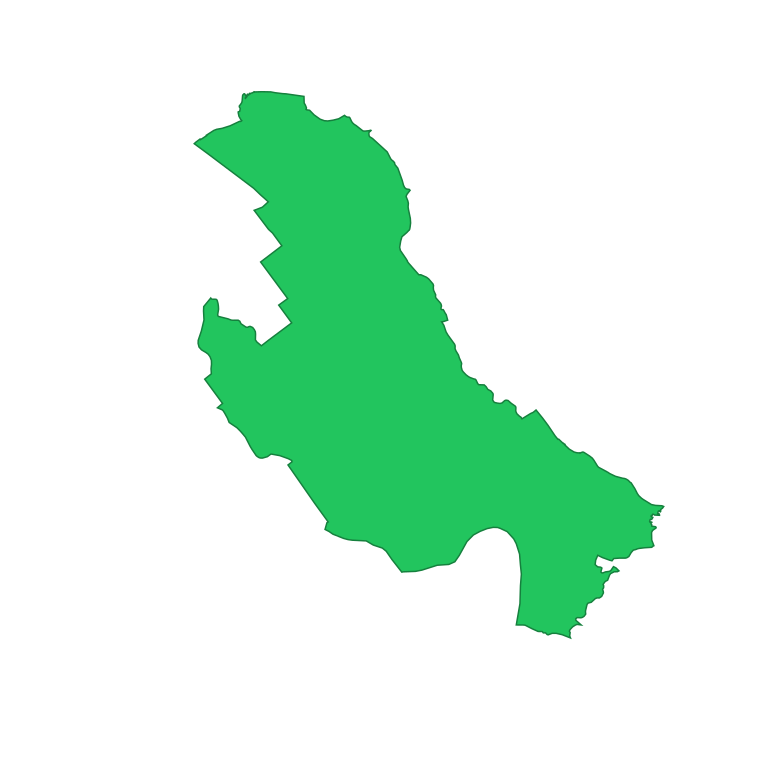 the district of Pardina, Tulcea, Romania, rotated 232°
{"feature_id": "2599482B7661903107032", "entity_name": "Pardina", "entity_type": "district", "adm_level": 2, "iso_a3": "ROU", "parent_name": "Romania", "parent_adm1": "Tulcea", "projection": "mercator", "projection_center": [29.053, 45.284], "detail": "fine", "context": "isolated", "style": "filled", "palette": "green", "viewbox_px": 768, "rotation_deg": 232, "n_neighbors": 0, "source": "geoboundaries", "source_scale": "gbopen_adm2", "svg_char_len": 6104}
<svg xmlns="http://www.w3.org/2000/svg" viewBox="0 0 768 768"><g transform="rotate(232 384 384)"><path d="M104.3,454.8L105.0,457.6L101.8,462.4L98.2,467.0L97.6,468.3L97.3,470.7L99.0,475.0L99.6,478.2L98.6,480.4L98.0,482.5L97.2,484.1L94.6,488.4L90.5,494.4L90.5,495.8L90.7,496.1L90.4,497.1L96.2,498.9L102.1,503.3L102.7,504.2L103.2,505.5L103.2,507.5L103.0,509.5L103.4,510.1L103.8,510.2L104.5,510.0L107.1,507.5L108.6,508.5L109.2,508.3L110.1,508.7L110.2,509.9L110.8,509.6L111.4,508.6L111.7,508.5L112.0,508.6L112.1,509.1L112.9,509.5L113.4,510.7L112.7,511.2L112.5,511.6L113.3,513.7L113.6,513.7L114.7,512.9L115.5,513.1L115.4,514.5L115.8,514.9L115.9,515.7L115.3,516.2L114.2,516.5L110.9,520.3L111.1,520.5L111.8,520.4L112.1,520.8L112.6,520.7L112.9,520.4L112.7,519.7L113.2,519.6L113.5,519.9L114.8,521.7L114.8,522.7L114.6,523.0L113.7,522.8L113.1,523.1L113.2,523.5L114.7,524.8L114.7,527.2L115.0,527.5L115.0,528.1L115.3,529.0L117.0,528.0L121.2,523.2L124.4,520.5L133.4,517.2L135.4,516.6L139.3,516.0L141.8,516.2L146.9,517.2L154.0,517.9L155.2,517.4L157.5,517.2L159.8,516.4L161.3,515.5L163.0,513.9L168.7,509.6L174.5,506.7L176.2,506.2L186.3,501.8L187.8,501.7L195.1,502.5L197.4,502.5L200.6,501.7L206.9,499.5L207.9,498.9L208.2,498.3L208.7,496.9L208.8,495.8L209.3,495.8L210.4,494.3L211.9,493.0L213.6,491.8L218.6,489.9L223.9,489.1L224.7,489.0L224.8,489.4L225.3,489.4L225.4,489.1L226.9,488.9L226.9,488.6L233.0,487.7L233.3,487.0L237.9,486.9L250.5,487.8L259.5,488.0L269.9,487.8L269.8,484.1L270.5,481.3L271.6,471.3L273.5,471.5L275.2,470.9L278.8,470.4L281.5,471.1L284.2,473.4L285.1,473.8L285.8,473.8L290.4,472.4L294.6,471.6L295.7,470.7L296.4,469.7L296.6,468.8L296.4,465.3L297.2,463.5L299.1,461.6L301.6,459.6L304.4,459.7L308.3,463.4L309.4,464.0L312.7,463.9L315.8,462.5L319.1,462.8L321.6,462.4L324.8,458.6L325.3,458.2L326.6,458.1L330.6,459.0L331.7,458.8L332.7,457.9L336.5,455.6L338.4,454.9L340.8,454.3L344.9,453.9L346.7,454.0L349.5,455.2L350.9,456.2L352.2,457.7L353.3,458.2L358.1,459.4L361.0,460.5L365.9,461.1L368.2,461.8L370.2,463.5L371.8,464.1L383.1,464.5L386.9,465.0L393.4,467.3L397.5,467.7L396.7,469.0L395.1,473.5L400.3,475.7L402.6,475.9L405.2,476.4L406.2,476.4L407.0,475.3L407.7,475.0L408.9,475.8L410.0,477.3L411.5,478.0L412.7,478.3L420.0,477.9L421.3,478.5L422.4,479.6L427.4,480.8L429.6,482.2L431.2,483.7L432.7,484.2L439.4,483.9L442.0,483.2L447.4,480.3L448.6,478.7L464.0,477.8L466.2,477.9L466.6,478.2L469.3,478.5L479.1,479.1L482.1,480.5L486.4,485.2L489.0,488.8L489.3,495.2L489.8,498.2L489.7,498.6L490.2,499.6L491.7,501.3L494.5,504.1L498.3,506.7L506.4,510.7L508.7,512.0L511.3,514.4L513.6,515.5L518.3,516.9L519.3,518.8L520.6,523.8L521.8,523.7L523.9,521.7L526.0,521.2L528.7,521.8L533.2,523.7L545.6,527.8L550.2,527.7L552.0,528.6L554.3,528.4L555.1,528.1L557.2,527.9L564.9,529.4L584.5,526.1L587.8,524.9L589.0,525.2L591.0,526.5L591.6,527.4L591.6,529.2L591.8,529.9L592.2,529.7L593.0,527.9L595.0,524.7L595.9,523.6L596.8,523.1L605.0,521.1L606.8,520.4L609.2,520.0L610.8,520.1L614.8,521.0L615.6,520.9L616.8,519.5L618.4,518.6L620.0,518.3L620.9,511.6L623.2,506.4L625.9,501.6L628.2,499.1L632.0,496.7L639.1,494.6L645.5,493.9L647.5,492.0L648.4,491.6L649.3,492.9L652.0,493.7L654.6,494.1L659.9,498.0L673.0,485.4L675.1,483.0L680.4,477.7L683.9,474.6L689.6,467.6L693.3,462.5L694.2,461.6L693.9,461.3L694.3,460.8L694.4,459.6L695.1,458.2L695.0,457.3L695.8,456.9L695.1,455.7L695.1,455.3L695.7,455.4L696.4,454.9L696.4,454.4L694.9,453.1L694.4,450.7L694.8,450.7L695.1,452.0L696.0,453.1L696.6,452.4L697.1,452.7L698.5,452.8L698.9,452.3L698.7,450.7L698.2,450.0L694.3,446.4L693.3,445.1L692.5,442.6L692.3,441.4L691.5,440.6L689.5,440.3L687.7,438.1L688.2,436.7L687.5,436.1L684.2,434.5L680.2,433.9L679.1,434.1L679.0,433.5L679.2,432.6L679.9,431.9L682.2,421.7L685.1,413.9L687.7,409.0L688.6,406.0L689.4,397.2L688.9,397.2L689.5,389.9L690.3,389.9L690.4,384.3L690.2,382.4L674.1,386.9L618.5,401.8L609.4,403.1L598.8,405.0L598.2,397.0L600.8,388.6L576.9,388.2L571.6,389.1L555.8,388.6L556.1,361.9L510.6,360.7L511.0,349.6L489.0,348.9L489.6,320.3L489.6,310.9L495.3,309.7L497.9,309.8L502.4,313.5L504.4,314.8L506.7,315.3L509.4,315.3L511.8,314.0L512.3,313.1L512.6,311.6L513.7,310.3L519.5,308.4L522.2,309.0L524.0,308.4L527.4,304.0L528.5,302.9L531.4,301.2L539.1,295.2L540.2,295.1L541.3,295.9L544.8,299.7L547.4,301.5L549.7,302.8L552.3,303.9L553.3,304.1L554.2,303.8L556.6,300.8L557.6,300.3L558.4,300.4L556.0,289.6L552.6,286.7L545.3,281.6L538.2,272.7L532.8,264.5L530.4,262.5L527.0,261.0L523.3,261.2L518.4,263.1L515.7,263.8L512.6,263.7L508.8,262.5L505.7,260.2L502.5,257.1L498.3,254.2L498.2,245.7L468.1,244.8L467.8,238.1L463.2,240.6L462.1,240.8L459.0,240.5L453.4,239.6L449.0,238.3L440.1,241.2L435.1,241.8L430.9,242.0L427.4,242.1L417.0,240.1L413.5,239.7L406.4,239.2L404.8,239.5L402.7,240.3L401.4,241.4L400.4,242.7L398.5,247.4L398.4,251.6L398.0,252.2L391.7,257.8L384.1,262.6L380.5,264.2L379.3,263.5L379.3,258.5L332.4,255.9L309.7,255.1L309.8,253.6L305.7,248.0L301.6,249.9L297.1,251.3L287.2,257.1L283.5,259.9L280.4,262.9L271.3,273.4L263.7,276.4L255.7,281.7L250.8,282.8L240.8,282.2L224.8,282.2L224.1,283.6L217.0,293.4L214.0,299.3L208.4,314.4L201.9,324.0L200.3,330.4L202.6,337.8L208.8,352.4L210.0,361.5L208.7,369.1L206.6,376.2L203.8,381.8L201.0,385.2L198.7,386.7L191.8,390.2L182.1,390.9L176.7,389.9L166.5,386.1L157.4,380.1L149.6,375.2L141.2,367.5L127.2,355.9L112.7,339.9L107.9,345.9L106.9,346.8L100.0,350.0L94.1,353.1L91.5,356.3L89.8,356.3L88.5,358.1L86.2,358.3L85.3,358.9L84.0,363.0L81.5,366.2L76.7,370.1L69.1,374.6L71.1,375.2L73.6,377.7L75.1,377.9L75.9,379.4L76.5,383.1L76.2,386.5L75.7,388.1L72.8,391.0L79.6,389.7L81.0,390.6L81.0,392.4L78.5,395.3L77.9,396.8L77.8,398.8L78.5,401.3L80.3,402.4L81.4,403.4L85.3,408.3L85.7,410.0L84.4,412.9L84.8,418.5L84.3,420.1L82.8,422.1L82.6,424.7L84.3,428.3L85.4,429.0L87.7,429.9L88.2,431.6L89.7,432.9L91.1,433.2L91.5,434.2L92.2,436.8L91.7,439.4L94.5,444.0L95.1,445.8L94.3,449.8L92.4,452.3L92.1,454.1L96.2,453.6L98.8,452.4L97.3,447.7L97.7,446.1L99.6,442.8L100.4,440.1L101.2,439.3L102.4,439.2L104.8,442.4L106.2,442.0L108.4,439.8L111.7,439.2L114.9,442.4L117.4,447.0L112.7,449.3L106.3,453.3L104.3,454.8Z" fill="#22c55e" stroke="#15803d" stroke-width="1.5"/></g></svg>